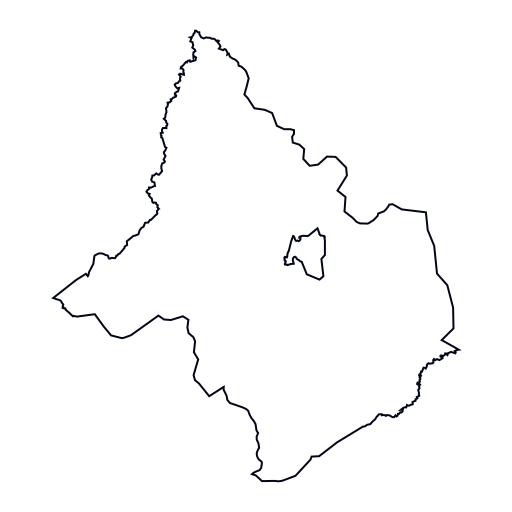 Kati, Koulikoro, Mali
{"feature_id": "8926073B85176458631238", "entity_name": "Kati", "entity_type": "district", "adm_level": 2, "iso_a3": "MLI", "parent_name": "Mali", "parent_adm1": "Koulikoro", "projection": "orthographic", "projection_center": [-8.119, 12.599], "detail": "fine", "context": "isolated", "style": "outline", "palette": "ink", "viewbox_px": 512, "rotation_deg": 0, "n_neighbors": 0, "source": "geoboundaries", "source_scale": "gbopen_adm2", "svg_char_len": 6007}
<svg xmlns="http://www.w3.org/2000/svg" viewBox="0 0 512 512"><path d="M53.2,298.0L57.1,299.4L58.5,299.7L60.5,300.6L61.1,301.2L61.8,302.7L63.3,304.5L62.7,306.3L62.7,307.8L63.6,307.5L64.0,308.4L65.4,308.5L65.7,309.8L69.4,312.9L70.9,314.5L73.0,316.3L73.5,315.9L77.0,316.6L94.8,314.2L103.7,326.5L111.1,335.4L121.6,338.1L123.9,337.8L131.0,335.2L158.4,315.6L164.1,319.5L170.9,320.0L182.9,316.3L188.4,319.8L187.4,327.6L188.6,333.1L193.4,337.2L195.1,341.4L193.9,352.2L198.2,359.4L193.6,375.1L195.0,380.2L198.9,383.4L209.2,396.2L223.7,386.9L223.6,389.7L226.5,395.5L227.4,400.0L229.9,403.0L241.9,407.1L246.0,408.9L248.2,410.8L249.7,414.9L251.5,418.2L253.5,420.6L255.5,424.0L256.5,430.5L258.1,433.0L256.6,436.9L256.8,439.8L258.4,443.1L259.1,447.7L257.4,451.0L256.7,453.4L257.0,455.8L257.7,457.8L258.8,459.4L261.6,461.7L261.9,463.6L261.1,468.0L259.6,470.1L255.0,472.0L253.0,473.2L252.0,474.2L255.8,475.4L262.0,481.1L274.5,480.9L278.6,481.3L282.1,480.8L295.5,475.8L310.5,459.6L311.6,456.6L319.1,456.2L337.0,442.4L362.9,426.6L364.9,426.4L367.1,424.8L370.4,424.1L371.9,422.2L375.0,419.4L376.9,416.5L377.7,415.8L378.7,414.4L381.7,414.2L381.9,415.2L382.6,415.0L385.1,415.2L385.9,415.9L386.8,415.1L389.4,415.3L392.4,417.1L394.2,417.1L395.5,415.3L396.5,416.4L397.5,415.7L398.0,413.8L399.0,413.9L400.3,412.2L401.2,412.5L402.4,411.7L402.8,409.5L401.0,409.7L403.7,407.6L405.2,407.3L406.2,407.4L407.0,405.0L408.2,405.7L409.2,405.6L410.8,404.8L412.7,404.3L412.6,401.9L415.5,400.8L415.6,399.2L416.7,398.8L417.4,398.1L416.8,397.0L419.2,395.8L419.2,395.1L418.8,394.4L419.0,393.0L418.2,390.0L419.5,388.2L419.0,386.8L420.1,384.5L419.3,384.0L418.4,384.6L417.6,384.6L417.1,384.0L417.6,382.5L419.0,382.4L419.9,381.6L419.5,379.9L420.3,379.1L420.3,378.4L419.5,377.2L420.6,376.6L421.0,375.5L419.2,375.1L419.4,374.4L420.6,373.4L421.1,371.5L422.0,371.6L423.5,367.7L424.7,367.9L425.7,368.6L426.6,366.9L427.1,364.4L428.6,363.2L429.7,363.7L432.6,363.3L433.4,362.5L433.2,360.1L434.0,359.0L434.6,359.5L434.5,360.1L435.3,360.1L437.0,359.1L439.3,360.1L441.4,359.0L442.6,358.0L442.0,357.3L440.5,356.6L440.5,355.7L441.1,355.4L443.4,355.9L444.9,354.7L445.2,353.4L445.9,353.5L447.4,355.1L447.7,354.7L447.5,353.4L451.1,351.9L455.3,353.3L455.7,352.3L454.8,351.0L457.0,350.0L458.8,349.7L441.7,340.1L453.5,328.4L453.1,307.6L447.3,285.2L437.0,273.6L434.2,245.9L427.7,230.0L425.9,212.3L401.7,209.4L392.6,204.2L389.6,204.6L389.2,204.7L388.1,206.7L386.0,209.4L384.0,211.3L378.1,213.6L377.6,215.9L373.8,219.9L368.7,223.2L367.5,223.6L360.0,223.4L356.6,221.9L352.4,217.6L344.5,211.5L345.5,197.0L337.5,190.6L346.9,175.5L346.1,167.5L335.6,156.9L327.0,156.6L318.1,164.6L309.7,165.8L303.3,158.9L304.2,149.1L299.3,144.6L292.8,142.6L292.1,136.8L294.0,133.8L294.0,130.2L290.5,129.2L284.1,129.2L276.9,125.8L272.1,113.0L264.7,109.8L254.4,108.3L247.8,98.2L244.4,94.5L246.8,86.0L248.7,78.3L246.3,71.9L245.0,69.9L241.3,66.6L238.7,65.8L238.2,62.6L236.1,60.3L234.2,59.1L232.7,58.6L229.9,56.7L228.9,53.8L227.3,54.6L227.7,53.0L225.8,49.6L224.3,49.1L223.1,50.2L218.9,48.6L220.5,46.5L219.5,44.5L217.5,42.0L218.8,41.0L218.0,40.5L216.1,40.7L215.1,39.5L214.0,38.7L211.8,38.8L209.9,37.7L207.7,37.8L206.3,37.3L203.7,38.4L201.2,37.3L199.4,34.2L199.3,32.3L197.8,32.2L196.1,30.7L195.1,30.7L194.6,33.0L193.6,33.6L193.4,34.9L191.9,37.0L190.2,37.4L191.5,38.1L190.3,41.4L192.5,42.2L193.2,45.4L192.3,47.6L194.9,49.7L195.4,51.1L193.5,52.3L193.2,54.9L193.5,57.7L194.2,56.3L196.1,57.5L195.5,60.2L190.3,61.8L189.7,60.3L187.6,61.0L187.0,62.4L185.9,62.0L182.8,65.7L181.1,66.8L180.7,68.5L182.3,68.5L183.5,69.9L183.3,72.2L183.9,73.2L183.9,74.8L180.1,73.7L179.0,74.5L180.7,76.8L179.9,78.4L180.3,80.6L179.2,81.2L177.8,83.0L176.1,83.3L174.7,84.5L175.4,86.3L177.3,88.3L179.1,87.9L178.0,91.4L176.7,91.8L174.9,93.2L174.9,94.8L176.2,95.3L176.0,96.5L172.9,97.9L171.6,99.3L170.7,99.4L171.2,101.0L170.3,101.6L169.6,102.4L167.6,102.6L168.0,104.0L167.4,106.6L166.0,108.2L166.5,112.2L165.6,114.4L165.2,117.6L163.8,118.8L166.1,120.9L166.2,122.5L167.4,123.9L167.1,125.4L166.3,126.0L166.4,128.1L163.0,128.0L162.1,129.3L161.9,131.0L162.7,132.7L160.7,133.1L160.9,134.9L161.6,135.9L161.1,137.2L162.3,137.9L165.1,147.1L166.4,147.7L165.3,150.4L163.9,152.1L164.2,153.9L165.5,155.9L163.6,159.7L164.9,161.4L164.4,162.5L162.3,163.4L161.3,166.1L161.4,168.7L162.1,171.1L159.1,174.7L158.1,174.6L156.2,173.4L154.1,175.4L152.4,175.5L152.1,177.3L151.2,179.7L152.2,181.7L154.4,182.4L155.0,186.0L153.8,186.2L151.1,187.6L149.0,187.5L149.1,188.9L147.3,190.2L146.4,191.7L148.0,193.5L149.6,193.9L149.0,195.6L150.7,197.7L151.8,198.6L152.3,201.8L153.4,202.9L154.2,202.5L155.9,202.7L156.3,204.1L157.8,205.2L157.3,207.1L158.8,208.7L158.2,208.9L157.8,210.2L156.9,211.0L156.9,212.1L157.4,213.3L156.9,214.3L155.8,215.0L151.0,219.9L149.9,219.9L148.3,222.5L145.1,222.8L143.5,226.8L141.6,227.8L139.8,230.0L138.4,234.3L134.5,235.8L133.6,235.8L126.8,241.3L127.1,245.1L124.7,246.5L124.5,247.9L120.4,252.8L119.6,253.7L118.3,254.1L117.3,255.6L116.3,255.7L115.5,257.7L114.9,258.2L111.7,257.9L109.9,258.6L109.0,258.5L108.5,257.8L108.2,256.2L107.5,255.4L105.8,255.1L102.7,253.6L99.6,253.3L98.1,253.7L94.9,255.4L94.4,256.1L93.3,263.9L89.1,272.0L88.3,275.5L87.8,276.2L85.9,273.8L75.8,280.2L53.2,298.0ZM320.8,235.6L322.0,235.5L322.6,235.8L324.4,236.1L324.8,237.4L324.4,237.7L324.9,240.3L324.9,255.0L321.4,259.0L323.4,276.2L319.5,279.6L306.8,274.3L301.7,261.8L300.2,261.3L299.0,260.2L297.3,259.3L295.7,257.1L295.1,257.0L295.0,256.8L294.0,257.0L293.3,257.8L292.8,259.4L292.8,260.3L293.8,263.7L290.8,264.0L287.5,265.1L287.0,264.6L285.0,264.6L284.8,263.9L285.8,261.5L285.4,260.9L285.1,260.9L284.6,260.5L284.5,259.9L284.7,259.3L284.3,257.6L284.9,256.9L285.6,256.9L286.2,257.4L287.1,257.3L287.5,253.7L288.4,251.4L288.7,251.2L291.2,241.3L293.1,236.0L293.7,236.2L294.7,238.2L294.9,239.3L295.7,240.6L296.1,240.9L297.6,240.6L298.8,241.2L300.1,240.0L300.5,239.0L300.4,237.9L300.1,237.5L299.6,237.5L299.9,237.1L299.7,236.7L302.6,235.8L308.1,236.0L317.5,228.3L319.4,233.4L319.3,234.0L320.1,234.8L320.4,235.4L320.8,235.6Z" fill="none" stroke="#020617" stroke-width="2"/></svg>